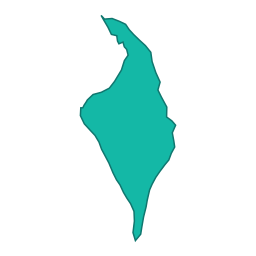 La Nya, Logone Oriental, Chad
{"feature_id": "50815135B28220035440725", "entity_name": "La Nya", "entity_type": "district", "adm_level": 2, "iso_a3": "TCD", "parent_name": "Chad", "parent_adm1": "Logone Oriental", "projection": "natural_earth1", "projection_center": [16.579, 8.562], "detail": "fine", "context": "isolated", "style": "filled", "palette": "teal", "viewbox_px": 256, "rotation_deg": 0, "n_neighbors": 0, "source": "geoboundaries", "source_scale": "gbopen_adm2", "svg_char_len": 1053}
<svg xmlns="http://www.w3.org/2000/svg" viewBox="0 0 256 256"><path d="M80.8,107.8L80.4,115.6L84.3,123.8L90.6,130.7L95.0,135.4L99.0,142.1L101.6,149.3L104.5,154.7L108.9,163.0L113.0,172.8L116.5,179.8L120.0,184.9L123.6,192.6L127.1,198.5L130.6,203.7L134.0,211.4L134.4,221.1L133.0,232.6L135.4,240.6L140.7,234.2L141.8,227.1L143.6,216.8L146.1,206.8L147.2,200.3L149.6,189.9L152.1,184.2L155.8,177.3L159.8,171.5L164.9,164.7L168.8,160.0L171.3,153.3L174.7,147.0L173.8,141.0L172.3,132.8L175.6,125.2L171.9,120.9L166.6,117.0L166.8,107.1L161.3,96.9L157.9,90.0L160.1,82.1L155.8,72.6L152.1,61.6L150.8,52.3L145.4,45.6L139.8,40.5L133.6,34.5L129.2,29.7L125.6,24.3L119.3,21.3L112.1,18.5L104.5,19.1L101.1,15.4L103.6,19.8L108.0,27.3L111.4,34.4L116.8,35.7L116.8,36.3L116.9,36.6L117.5,41.0L118.9,43.8L123.0,42.1L124.2,46.5L124.3,46.8L125.6,48.2L126.7,49.5L128.1,55.2L124.4,60.6L121.4,70.1L114.5,81.5L109.3,88.2L101.3,92.3L93.1,94.5L87.4,99.9L86.3,101.8L84.8,104.1L84.5,104.5L84.3,104.8L82.8,107.8L82.6,107.8L80.8,107.8Z" fill="#14b8a6" stroke="#0f766e" stroke-width="1.5"/></svg>